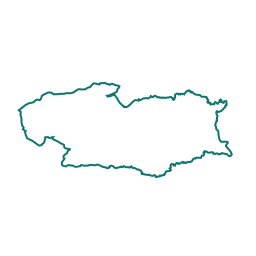 outline of Kaniama, Katanga, Democratic Republic of the Congo, rotated 75°
{"feature_id": "63176286B16885288794784", "entity_name": "Kaniama", "entity_type": "district", "adm_level": 2, "iso_a3": "COD", "parent_name": "Democratic Republic of the Congo", "parent_adm1": "Katanga", "projection": "mercator", "projection_center": [24.189, -7.846], "detail": "fine", "context": "isolated", "style": "outline", "palette": "teal", "viewbox_px": 256, "rotation_deg": 75, "n_neighbors": 0, "source": "geoboundaries", "source_scale": "gbopen_adm2", "svg_char_len": 5842}
<svg xmlns="http://www.w3.org/2000/svg" viewBox="0 0 256 256"><g transform="rotate(75 128 128)"><path d="M180.3,34.6L177.7,34.9L170.7,38.1L170.0,37.7L168.1,35.4L167.5,35.4L166.7,36.3L165.5,41.5L163.2,42.6L159.8,42.5L157.6,42.3L155.7,41.8L154.0,41.7L152.1,43.0L149.2,42.7L148.4,43.1L146.0,42.1L145.3,41.3L144.6,41.1L144.3,40.2L144.0,40.1L143.7,40.3L143.3,40.3L142.8,39.8L142.2,39.9L141.4,39.4L140.8,39.4L140.5,38.9L140.0,38.6L138.7,38.5L138.2,38.9L137.7,38.9L137.4,38.7L136.7,38.8L136.4,38.7L136.2,38.4L135.6,38.6L134.8,37.8L135.0,37.4L135.7,37.0L135.9,36.5L136.0,36.0L135.7,35.1L135.9,33.9L134.9,32.3L134.7,31.4L134.0,30.8L133.0,28.8L131.9,28.4L131.6,27.1L130.7,27.0L130.5,26.6L127.6,26.1L127.3,26.3L127.4,26.8L127.2,27.7L127.2,28.1L128.4,29.1L128.4,29.4L127.4,30.6L124.9,30.7L124.5,31.0L124.8,32.3L125.1,32.5L126.5,32.4L126.7,33.8L127.8,35.1L127.5,35.5L125.6,36.7L125.5,37.1L125.7,37.6L126.1,38.0L127.3,38.6L126.7,41.1L126.6,42.2L125.1,41.9L124.8,42.2L124.5,44.0L124.3,44.3L123.6,44.5L123.7,43.7L123.1,43.5L122.2,43.6L121.9,43.3L121.3,43.4L120.2,44.2L119.5,44.0L118.6,44.1L118.1,44.8L118.0,45.7L117.5,46.3L116.9,48.6L116.4,49.1L114.9,49.9L114.8,50.6L114.4,50.9L113.1,54.3L112.2,54.9L111.8,55.6L109.8,56.6L109.7,56.9L110.1,57.8L109.7,58.4L109.3,58.5L108.7,58.1L107.4,59.4L107.7,60.1L107.5,61.2L107.8,62.2L110.0,65.0L109.4,65.3L109.2,65.7L109.3,66.3L108.6,67.9L109.1,68.6L108.5,69.3L108.8,70.3L107.8,70.9L107.5,71.4L107.4,71.9L107.9,73.5L108.3,74.0L109.1,74.3L110.2,74.4L111.0,74.9L111.1,75.6L111.6,76.1L112.5,76.0L112.6,76.6L111.9,77.4L110.6,77.4L109.3,78.2L109.3,78.6L108.9,79.9L109.1,81.1L108.8,81.7L108.5,84.7L108.0,85.2L107.9,86.1L107.5,86.6L107.7,87.6L106.8,89.1L107.0,89.4L106.8,89.8L106.1,90.3L105.9,91.9L105.0,92.4L104.0,93.2L103.8,93.8L104.6,95.8L104.5,96.3L104.3,96.3L103.7,96.9L103.1,97.7L104.1,98.3L104.2,98.7L104.2,99.6L104.7,100.9L103.6,103.2L103.8,104.2L103.3,105.4L104.1,108.0L104.2,108.7L104.0,109.2L103.2,110.1L104.2,110.4L104.4,110.6L103.9,111.2L103.5,112.6L103.0,113.4L103.0,114.1L103.2,115.2L106.0,120.2L106.5,120.7L106.4,121.4L107.0,122.2L107.2,123.0L107.4,124.3L107.1,125.0L106.3,125.8L106.7,126.5L105.0,127.3L101.1,129.7L96.3,130.9L92.7,132.3L92.2,133.2L92.6,136.4L92.4,139.5L91.4,139.9L91.7,137.6L91.3,136.2L91.3,135.2L90.3,130.1L89.9,129.3L88.1,128.3L87.4,127.7L87.1,126.9L85.5,125.5L84.8,126.2L83.3,129.2L81.2,131.6L81.1,132.0L81.4,133.3L81.2,134.1L81.4,134.6L80.9,135.0L80.9,135.5L80.2,136.2L80.2,136.7L78.5,138.6L78.6,139.4L78.2,140.2L78.2,141.0L77.6,142.5L77.9,143.2L77.7,143.7L78.5,144.5L76.7,147.7L76.0,149.8L76.1,150.2L76.8,151.1L77.5,152.6L78.3,153.3L78.7,154.2L78.6,155.2L78.8,157.0L79.6,159.2L78.8,162.7L77.8,165.3L77.8,166.2L79.5,171.5L79.6,174.3L78.4,178.6L78.4,181.0L77.5,184.2L76.8,188.9L76.2,190.6L76.3,190.8L76.0,191.4L74.7,192.2L74.2,192.8L73.2,195.0L73.1,196.5L74.3,202.3L75.0,203.1L77.2,204.4L78.2,205.9L78.2,206.3L77.5,207.1L77.3,207.6L77.1,209.4L78.1,211.7L78.7,212.5L78.5,217.3L79.1,220.6L82.6,228.9L84.7,227.4L87.1,228.4L90.7,228.4L92.3,228.7L94.2,229.3L96.4,229.5L97.8,229.6L100.7,228.7L102.0,229.9L103.3,228.6L104.0,228.6L104.4,228.3L104.6,227.7L105.4,228.4L106.2,228.6L108.2,228.5L108.7,228.6L109.3,228.3L111.2,228.3L112.4,227.5L115.7,223.6L121.5,218.9L122.2,217.7L122.1,216.0L122.0,215.6L121.5,215.5L120.8,213.5L120.3,212.9L116.9,210.8L115.8,210.5L115.5,210.3L116.1,207.6L117.3,206.6L117.4,205.0L117.3,203.4L117.5,202.7L118.0,203.5L119.1,203.7L122.5,199.7L125.3,197.0L127.3,194.6L127.7,194.3L130.0,194.5L130.8,194.2L131.8,193.1L133.2,189.8L133.8,189.9L134.7,192.2L136.6,193.5L137.3,195.7L138.4,197.5L139.4,197.9L140.1,197.9L140.9,197.6L141.1,197.3L144.0,200.7L145.7,201.3L147.2,201.0L148.2,199.7L149.0,197.8L148.4,195.9L148.5,194.8L149.3,193.4L149.6,191.7L151.4,189.6L151.9,188.7L152.2,187.7L152.4,183.8L152.2,183.3L151.7,183.0L151.7,182.7L153.3,179.5L153.4,178.1L154.1,176.5L153.8,175.3L154.2,172.6L155.5,169.6L155.5,168.6L155.3,168.1L155.5,167.0L156.4,165.4L159.1,162.3L160.4,159.5L160.9,159.2L161.4,158.4L161.6,157.4L161.3,156.2L160.7,156.2L160.5,155.5L160.1,155.2L160.1,153.7L161.3,152.0L162.0,151.8L163.2,150.8L163.7,149.2L163.5,148.5L163.8,147.7L163.5,146.2L163.6,145.4L164.1,144.5L163.6,144.2L164.3,143.0L163.8,141.8L164.1,141.2L165.1,140.7L165.2,140.0L165.6,139.5L165.8,138.1L166.7,136.6L166.6,136.2L166.2,136.0L166.3,135.2L166.0,134.7L167.2,134.3L168.0,133.3L168.1,132.3L170.0,130.1L170.5,129.8L170.9,128.4L171.8,127.7L172.2,126.8L174.2,126.0L174.7,126.4L175.0,126.3L175.7,126.7L176.2,126.3L176.5,125.7L176.2,124.8L177.0,124.2L178.1,122.0L178.2,121.1L178.6,120.6L178.6,119.6L179.2,119.3L180.6,116.8L180.4,114.4L181.0,114.2L181.7,113.6L182.3,113.9L182.8,112.9L182.6,112.3L182.9,111.2L182.7,110.0L182.3,109.6L182.7,109.0L182.4,108.2L182.8,107.8L182.4,106.4L182.7,105.7L182.2,105.4L182.2,104.9L182.4,104.8L181.9,104.2L181.4,104.0L181.1,103.5L180.5,103.3L180.3,102.6L179.8,102.2L180.3,98.2L179.7,97.5L179.2,97.5L178.2,98.2L177.8,98.3L177.6,97.3L177.1,96.8L176.2,96.8L174.8,96.3L174.1,95.1L174.7,93.6L176.0,93.6L176.0,93.0L176.5,92.4L175.3,91.6L174.4,90.1L174.5,89.9L174.9,89.9L175.0,89.5L174.9,88.8L175.5,88.7L175.9,87.7L175.1,85.6L175.4,85.1L175.3,84.6L175.9,83.6L175.2,83.5L176.0,82.4L176.0,81.8L176.6,81.6L176.7,81.2L176.5,80.3L176.6,79.4L176.2,78.9L177.0,76.9L176.7,76.2L176.8,75.2L176.5,74.7L175.7,74.1L175.5,73.5L174.7,72.9L174.5,71.1L175.0,70.8L175.0,70.5L174.5,69.9L174.4,69.3L175.7,65.3L175.0,64.9L174.6,64.4L173.7,63.8L174.2,62.5L173.9,61.9L173.3,61.4L172.6,61.1L171.5,61.5L170.8,60.9L171.2,60.1L171.0,59.8L170.4,59.7L170.7,58.7L171.4,58.2L171.7,57.7L172.4,57.3L173.1,55.2L172.9,54.3L173.0,53.5L173.7,52.1L174.3,51.9L174.9,52.2L175.6,50.4L175.4,49.3L175.9,48.0L176.9,47.2L176.7,46.1L177.2,45.3L176.6,44.0L176.7,43.2L177.2,42.8L178.0,40.9L178.6,40.3L178.8,39.3L180.8,38.0L181.3,37.2L181.5,36.1L181.1,35.4L180.3,34.6Z" fill="none" stroke="#0f766e" stroke-width="2"/></g></svg>